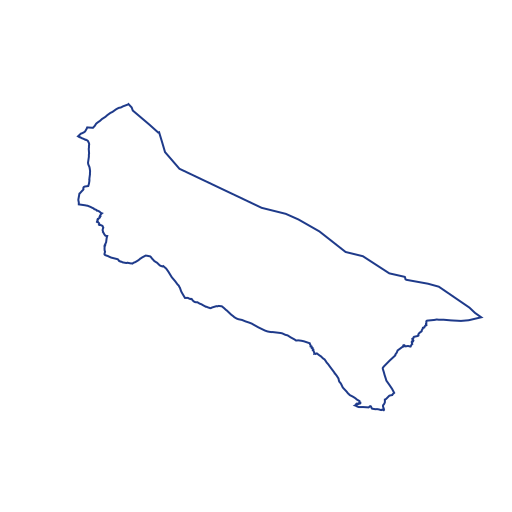 the district of Marker nor, Østfold, Norway, rotated 309°
{"feature_id": "86288312B28275954576976", "entity_name": "Marker nor", "entity_type": "district", "adm_level": 2, "iso_a3": "NOR", "parent_name": "Norway", "parent_adm1": "Østfold", "projection": "mercator", "projection_center": [11.622, 59.488], "detail": "fine", "context": "isolated", "style": "outline", "palette": "blue", "viewbox_px": 512, "rotation_deg": 309, "n_neighbors": 0, "source": "geoboundaries", "source_scale": "gbopen_adm2", "svg_char_len": 6013}
<svg xmlns="http://www.w3.org/2000/svg" viewBox="0 0 512 512"><g transform="rotate(309 256 256)"><path d="M253.0,48.6L249.7,43.9L248.4,44.3L245.2,44.8L243.7,44.4L241.8,43.5L240.9,42.9L237.1,42.4L237.2,42.8L237.1,43.0L237.2,43.6L237.4,43.8L237.4,44.1L237.5,44.2L237.4,44.4L237.7,45.1L237.8,45.7L237.9,45.8L238.0,46.7L238.4,47.8L238.8,49.4L238.9,49.8L239.0,50.0L239.2,50.4L239.1,50.5L239.3,50.7L239.3,50.9L239.6,51.9L239.6,53.0L238.6,55.1L237.9,56.0L236.4,56.9L235.2,57.9L234.0,58.6L230.7,61.7L229.5,62.4L227.9,63.7L222.7,66.8L221.6,68.1L220.3,70.6L219.1,72.0L217.6,73.6L215.9,74.8L215.1,75.5L211.3,77.8L210.8,78.3L210.3,78.4L209.8,79.1L207.2,80.6L205.1,81.5L204.8,81.6L202.2,79.2L201.3,78.8L200.7,78.8L199.9,79.2L199.3,79.9L198.6,80.0L196.7,79.8L194.2,79.7L193.4,79.5L188.1,82.4L187.4,83.0L186.2,84.5L184.6,85.8L187.4,90.5L188.0,91.5L188.4,92.4L189.0,93.3L190.0,96.5L190.5,98.9L190.8,99.8L190.6,100.9L191.0,101.7L191.3,102.8L191.1,103.8L191.5,104.2L191.9,105.8L192.0,106.3L191.9,108.1L192.0,108.8L192.2,109.4L191.2,109.2L189.3,109.4L189.1,110.0L188.2,109.7L187.8,110.1L187.7,110.4L187.1,110.4L185.7,109.9L185.1,110.0L185.0,109.8L184.7,109.9L184.8,110.3L183.9,110.4L182.4,110.9L182.4,111.2L183.0,111.8L182.8,112.3L182.7,113.5L182.2,114.2L181.5,114.3L181.5,114.7L182.3,115.8L182.8,117.7L181.9,119.5L181.0,119.8L179.9,120.3L179.4,120.7L178.6,121.9L178.3,122.0L178.1,122.9L177.9,123.2L177.4,124.5L177.0,126.0L177.1,126.5L177.9,127.8L176.9,128.2L175.9,128.7L172.3,130.9L168.9,131.7L168.6,131.9L168.9,132.2L168.0,132.5L166.7,133.4L165.2,134.7L164.3,136.0L162.1,137.0L161.8,137.6L161.8,138.0L161.9,138.6L162.3,139.8L162.7,140.7L163.1,142.5L163.6,144.4L166.3,150.2L166.5,150.8L166.0,152.7L166.2,152.9L166.1,153.2L166.2,153.7L166.4,153.9L166.4,154.4L166.9,155.0L167.0,155.6L167.1,156.3L168.8,159.4L169.3,160.0L169.8,160.2L171.3,163.1L171.6,163.6L172.2,164.3L172.3,164.7L173.9,165.2L175.2,166.0L178.2,167.1L180.1,167.6L181.2,167.7L182.0,168.1L183.2,168.4L186.9,170.0L187.7,171.3L189.1,174.0L189.1,174.7L188.5,177.2L188.4,178.4L188.1,179.8L188.2,181.4L188.5,183.4L188.2,186.4L188.2,187.6L189.0,189.9L189.8,190.2L189.7,194.1L188.7,197.7L186.5,203.9L185.5,209.2L184.5,213.0L184.4,214.5L183.7,216.0L183.4,216.9L181.6,219.8L180.9,221.3L178.7,227.2L180.5,229.3L180.7,230.0L180.9,231.1L181.3,232.2L181.8,232.4L182.1,233.2L181.6,234.8L181.6,237.0L182.1,238.2L183.2,239.6L183.5,242.1L184.1,243.8L184.3,244.9L184.3,245.4L184.4,245.7L184.8,248.0L184.9,248.3L184.9,248.7L185.1,248.8L185.5,249.9L186.0,251.6L186.4,252.4L186.6,253.2L187.1,253.7L188.4,254.3L192.1,256.8L192.5,257.6L193.7,258.4L195.4,261.1L195.4,263.9L195.2,266.7L195.3,267.5L194.8,273.6L194.9,276.5L194.8,277.6L195.2,280.3L195.8,282.1L197.5,285.4L198.6,289.1L199.9,292.5L200.8,295.3L201.1,297.4L201.5,299.6L202.0,302.6L203.7,309.9L204.6,312.4L205.5,314.1L206.5,315.8L207.5,317.0L211.7,323.7L212.4,325.1L213.2,328.4L214.2,330.5L214.6,334.2L215.4,338.5L215.5,340.3L217.1,342.0L218.7,344.6L219.9,347.0L222.0,352.7L221.3,353.6L221.2,354.1L220.6,355.2L220.5,355.5L220.4,355.5L220.5,355.8L220.2,355.8L220.4,356.4L220.1,356.7L220.1,356.9L220.0,357.1L219.7,357.3L219.8,357.5L219.6,357.5L219.6,357.8L219.7,358.2L219.3,358.6L219.2,358.8L219.3,359.0L219.1,359.2L219.2,359.4L218.9,359.5L219.0,359.6L218.9,359.9L218.3,360.6L217.8,361.7L217.0,362.6L217.0,362.8L216.8,362.9L217.2,363.2L217.2,363.5L217.3,363.8L217.6,363.8L218.0,364.3L218.3,364.3L218.6,364.6L218.7,368.2L218.9,369.3L218.6,372.7L218.8,374.3L218.1,376.8L217.7,377.8L217.3,380.3L216.6,382.8L214.6,390.7L214.2,391.1L214.3,391.8L213.7,394.2L212.7,397.2L211.7,398.4L210.8,399.7L210.4,401.8L210.0,402.9L208.5,406.0L208.3,406.9L207.6,412.1L207.5,412.3L207.1,414.1L207.1,415.2L206.9,416.3L207.6,419.5L207.9,421.7L208.0,423.2L207.9,424.5L208.4,427.7L207.5,428.7L207.4,429.3L207.6,429.5L207.4,429.7L206.6,429.6L206.1,428.9L205.8,428.8L205.9,428.4L205.5,428.3L205.3,428.5L205.0,428.4L204.9,428.0L205.1,427.8L204.9,427.4L204.2,427.6L204.0,427.3L203.6,427.7L203.6,427.4L203.4,427.3L202.8,427.2L202.2,427.0L202.4,427.5L202.7,429.3L203.3,431.0L205.8,434.0L209.2,438.8L210.0,439.0L210.7,439.0L211.0,439.2L211.4,439.6L211.2,440.4L210.5,441.8L210.4,442.3L212.0,445.1L213.3,446.6L214.2,448.2L214.8,449.8L215.2,450.4L216.1,450.7L216.3,451.0L216.3,451.9L216.5,452.3L217.0,452.3L217.1,452.1L217.7,451.5L218.9,449.5L219.9,448.7L221.7,448.7L223.2,448.3L223.7,448.0L225.5,446.5L225.9,446.8L227.0,447.1L231.2,447.5L231.8,447.8L233.7,449.4L234.6,449.2L236.6,449.5L238.4,445.3L239.8,440.7L241.2,435.7L242.0,434.6L244.6,430.6L246.0,428.7L248.2,425.4L249.0,424.9L250.8,424.9L259.0,425.7L266.4,426.8L267.1,426.3L269.5,426.2L271.7,425.5L277.9,427.1L278.2,427.5L278.5,427.5L278.6,427.2L278.9,427.2L278.9,426.9L279.2,426.8L279.4,427.1L279.6,427.0L279.9,427.1L280.0,428.0L279.7,428.4L279.6,428.7L279.8,429.0L280.5,429.7L280.7,429.8L281.1,430.1L281.8,430.9L282.4,432.1L282.5,432.5L282.9,433.1L285.4,432.6L285.9,432.8L287.0,431.3L287.2,431.1L287.6,431.1L287.9,431.7L288.2,431.8L289.1,431.6L289.0,431.0L289.0,430.6L289.2,430.4L289.9,430.4L289.9,429.9L290.1,429.6L291.2,430.0L292.2,429.6L292.7,429.7L295.7,432.1L296.4,432.3L296.7,431.8L297.6,431.4L299.5,431.4L299.7,431.6L301.7,432.1L302.5,431.6L305.0,431.2L305.3,430.9L305.5,431.0L305.6,431.3L306.4,431.8L307.1,431.5L308.4,431.4L309.2,431.9L309.5,432.0L309.8,431.7L309.9,431.4L309.9,431.1L310.4,430.7L310.8,430.8L311.7,430.1L312.4,429.5L313.0,429.4L313.6,429.8L318.6,434.9L320.4,436.4L321.4,438.0L324.4,441.7L328.7,448.1L334.5,456.1L339.9,461.7L350.1,469.6L349.6,462.0L350.2,454.3L347.2,417.4L342.7,407.1L332.1,387.8L332.0,386.8L332.7,385.9L333.4,384.9L333.1,384.1L326.4,370.5L323.1,339.2L315.5,323.1L315.0,289.8L311.1,266.0L307.5,252.6L297.0,230.1L275.6,141.6L279.5,119.9L285.3,111.5L291.2,102.8L290.4,102.3L291.0,90.6L291.5,68.7L293.2,65.9L293.8,61.3L293.4,61.3L288.5,58.4L287.0,57.8L286.2,57.4L285.0,56.3L283.6,55.6L281.8,54.9L277.7,53.8L275.6,52.8L271.9,51.8L269.4,51.4L265.5,50.1L262.8,49.7L260.5,49.0L259.2,48.7L258.3,48.5L255.6,48.8L253.0,48.6Z" fill="none" stroke="#1e3a8a" stroke-width="2"/></g></svg>